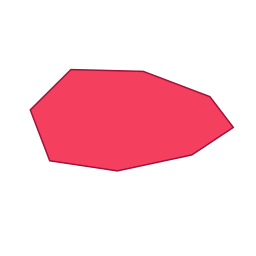 Pitcairn Islands, orthographic projection, rotated 292°
{"feature_id": "PCN", "entity_name": "Pitcairn Islands", "entity_type": "country or territory", "adm_level": 0, "iso_a3": "PCN", "parent_name": "Oceania", "parent_adm1": "", "projection": "orthographic", "projection_center": [-128.313, -24.368], "detail": "fine", "context": "isolated", "style": "filled", "palette": "rose", "viewbox_px": 256, "rotation_deg": 292, "n_neighbors": 0, "source": "natural_earth", "source_scale": "50m", "svg_char_len": 274}
<svg xmlns="http://www.w3.org/2000/svg" viewBox="0 0 256 256"><g transform="rotate(292 128 128)"><path d="M187.7,192.2L168.0,225.4L127.0,197.3L84.2,134.1L68.3,67.7L108.2,30.6L160.8,53.2L186.2,120.9L187.7,192.2Z" fill="#f43f5e" stroke="#9f1239" stroke-width="1.5"/></g></svg>